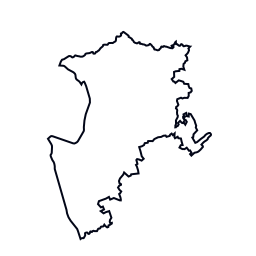 the border of Mpumalanga, rotated 164°
{"feature_id": "ZAF-1209", "entity_name": "Mpumalanga", "entity_type": "Province", "adm_level": 1, "iso_a3": "ZAF", "parent_name": "South Africa", "parent_adm1": "", "projection": "natural_earth1", "projection_center": [29.909, -25.737], "detail": "fine", "context": "isolated", "style": "outline", "palette": "ink", "viewbox_px": 256, "rotation_deg": 164, "n_neighbors": 0, "source": "natural_earth", "source_scale": "10m", "svg_char_len": 5756}
<svg xmlns="http://www.w3.org/2000/svg" viewBox="0 0 256 256"><g transform="rotate(164 128 128)"><path d="M204.7,45.0L208.7,54.6L209.8,58.6L210.1,62.7L209.7,66.3L209.7,108.8L209.0,111.3L208.8,112.7L208.7,114.4L208.9,116.1L209.3,117.2L209.6,118.3L210.0,121.6L210.0,122.7L209.8,123.4L209.5,123.7L209.1,124.0L208.5,124.6L208.1,125.3L206.3,130.6L206.0,132.0L206.2,133.6L207.9,139.7L205.3,141.0L204.1,141.4L202.8,140.9L185.0,128.4L183.9,127.9L182.6,128.0L181.0,128.4L179.8,129.1L171.5,137.1L170.9,138.2L170.2,141.0L167.8,147.2L164.8,152.9L157.6,162.9L156.6,166.8L156.7,179.7L157.1,183.4L157.4,184.6L158.2,184.6L158.9,184.4L159.7,184.0L160.3,183.3L160.8,182.7L161.8,185.8L162.4,186.7L163.6,188.2L164.1,189.0L164.4,190.0L164.3,191.3L163.9,193.4L164.0,194.7L165.0,196.5L169.5,200.9L171.6,204.3L172.2,205.1L172.9,205.6L176.7,207.0L174.2,210.4L172.6,211.8L170.6,211.8L165.1,213.4L164.0,213.2L162.9,212.4L162.4,211.5L161.7,211.1L160.1,211.5L159.1,212.2L158.7,212.3L158.1,212.0L157.1,211.3L155.5,210.5L155.2,210.4L154.6,210.0L154.1,209.7L152.5,209.2L151.2,209.3L150.0,209.7L149.0,210.2L148.4,211.0L147.4,211.1L144.3,210.6L141.7,211.0L141.0,210.7L140.8,210.1L140.8,209.2L140.6,209.0L140.4,208.9L139.6,208.7L139.3,208.7L138.9,208.8L138.0,209.8L137.8,209.9L136.8,209.8L136.5,209.9L135.2,210.5L134.6,210.6L133.8,211.2L132.4,212.3L129.7,213.5L129.4,213.9L129.0,214.6L128.1,214.7L124.7,213.7L124.1,214.1L123.3,214.8L122.8,214.9L120.4,214.3L119.7,214.0L119.2,213.9L117.4,214.5L116.3,214.7L115.7,215.2L115.3,216.0L115.0,216.9L114.6,217.9L114.2,218.5L113.9,218.9L113.4,219.1L112.3,218.6L111.3,218.3L110.6,218.3L109.8,218.5L109.3,218.8L109.0,219.2L108.9,219.5L108.9,220.5L108.6,220.8L107.8,220.8L107.3,221.0L106.9,221.4L106.5,221.6L105.9,221.6L105.5,221.2L102.2,216.8L102.0,216.4L102.1,216.0L102.3,215.5L102.2,215.3L101.2,214.4L99.8,212.8L99.7,212.5L99.8,211.9L99.7,211.6L99.4,211.4L99.0,210.8L98.6,209.0L97.9,208.1L96.1,206.9L95.4,206.9L94.1,207.4L93.5,207.3L93.2,207.2L93.1,206.8L93.1,206.5L93.3,205.8L93.2,205.7L92.6,205.4L91.7,205.1L90.9,204.4L89.6,203.9L88.6,203.1L88.1,202.4L87.8,202.2L86.3,202.0L85.3,202.0L84.8,202.2L84.0,202.8L83.8,202.8L83.5,202.7L83.0,201.9L82.5,201.0L82.0,199.5L81.2,198.5L81.1,198.2L81.2,197.6L81.0,197.0L81.0,196.3L80.8,196.1L80.5,196.1L80.1,195.9L78.1,194.5L77.2,194.4L76.7,194.4L76.3,194.7L75.9,195.2L75.1,195.4L74.7,195.6L73.8,196.8L73.5,197.0L73.0,197.0L72.5,196.5L72.1,196.3L71.3,196.7L70.8,196.8L70.3,196.5L69.8,196.0L69.2,195.8L68.7,195.6L65.3,193.2L63.3,192.4L62.0,193.1L61.9,193.6L62.3,193.5L62.7,193.8L63.4,194.5L63.5,195.0L62.8,195.2L61.9,195.2L61.3,195.3L60.7,195.6L58.7,197.6L58.2,197.8L58.5,196.5L58.8,195.9L58.7,195.4L57.5,194.9L57.3,194.3L56.8,193.8L56.3,193.1L56.1,192.9L55.8,192.8L55.2,192.8L54.7,193.1L54.2,193.7L54.0,193.8L53.7,193.9L53.4,193.8L52.8,193.1L52.5,192.5L52.3,191.6L52.1,191.3L51.6,191.2L50.6,191.1L49.7,191.2L48.9,191.0L46.6,189.6L46.2,189.2L45.9,189.1L48.0,187.8L47.8,187.0L48.0,185.7L48.8,184.9L49.4,184.0L50.6,183.1L52.6,182.0L51.8,179.6L52.3,176.7L54.5,176.3L55.1,175.3L55.6,174.8L56.6,174.5L56.9,174.3L57.5,172.8L57.9,171.7L57.8,168.5L60.3,170.2L62.3,170.4L62.9,168.7L66.6,169.4L68.3,169.2L69.5,164.4L72.5,163.0L71.6,160.2L70.5,159.6L70.0,158.2L66.1,159.8L64.0,158.5L62.1,157.2L61.8,155.0L57.9,153.6L58.1,151.3L57.8,149.5L56.3,148.6L56.5,146.1L58.0,145.0L60.0,145.0L60.8,142.1L62.4,140.5L65.6,141.5L67.6,141.4L68.7,142.5L72.7,142.1L73.5,140.5L73.2,136.4L74.7,135.2L75.8,135.0L76.5,133.6L75.8,132.5L75.8,131.4L76.6,129.5L77.0,127.4L76.7,126.1L77.3,124.7L79.8,122.1L80.7,118.7L81.9,117.1L82.1,116.0L82.3,115.6L81.8,115.5L81.0,116.1L79.7,116.2L78.3,117.5L78.6,119.1L76.0,120.5L74.9,118.2L73.9,117.6L72.8,118.5L72.6,117.2L72.0,115.4L69.8,117.7L70.4,119.7L71.3,119.5L72.2,122.5L72.0,123.2L70.8,122.5L70.1,123.3L71.0,124.6L70.9,125.8L68.0,126.4L68.2,123.2L66.5,122.3L65.6,125.1L63.9,124.1L62.0,116.9L62.0,114.1L61.8,111.4L62.7,109.8L62.1,106.7L66.7,103.9L67.8,101.3L68.8,101.1L67.4,95.2L65.5,95.4L61.0,97.4L57.1,98.8L55.9,99.7L54.9,100.2L53.4,100.7L51.6,100.9L50.6,100.6L50.1,99.6L50.0,99.0L50.2,98.4L50.8,97.9L52.4,97.2L54.0,96.2L54.5,95.3L55.4,94.8L56.4,94.4L57.6,94.1L59.4,93.4L62.0,91.8L61.1,90.0L61.2,89.2L64.1,87.3L66.5,86.1L67.6,85.8L68.6,85.7L70.9,85.9L74.7,84.0L75.5,85.8L73.8,86.8L74.5,89.3L75.6,89.3L77.0,92.9L79.4,92.1L81.6,92.8L83.9,95.0L82.1,96.9L80.2,96.6L80.2,100.5L80.0,103.3L82.4,104.3L82.7,105.9L85.6,105.2L85.9,106.6L84.7,109.9L86.9,108.8L87.6,110.6L89.3,110.0L90.1,108.9L93.4,108.9L93.9,110.4L96.1,110.8L98.6,110.3L101.6,110.8L105.7,110.1L107.9,108.6L112.2,109.9L113.1,108.4L116.1,108.8L117.3,107.2L119.7,106.6L122.5,106.6L122.4,102.2L122.6,97.0L121.4,94.1L123.9,92.9L126.1,94.7L127.8,95.6L128.8,94.9L128.8,90.9L130.5,90.3L130.1,88.6L130.0,84.5L130.4,81.4L137.7,82.6L138.5,81.5L140.8,81.2L144.0,86.3L145.4,84.5L149.6,81.7L151.3,79.5L151.4,77.3L150.2,75.9L150.4,75.3L152.3,75.0L154.0,73.5L153.2,70.8L152.0,68.9L153.5,67.5L154.7,67.0L154.4,63.4L154.6,61.2L154.9,60.4L156.0,60.8L160.9,64.6L164.9,64.1L165.3,67.0L168.7,66.2L176.1,65.7L177.8,63.1L175.9,59.2L173.8,59.4L173.5,56.3L177.1,55.6L175.0,52.7L172.5,53.2L169.0,53.3L168.7,46.3L170.7,44.5L171.4,42.9L171.3,41.4L169.7,41.3L169.9,40.6L172.1,39.9L173.6,39.7L174.2,38.3L175.4,38.2L176.7,39.9L177.4,41.6L178.6,40.4L179.3,40.2L180.9,40.6L181.4,40.4L182.1,39.6L182.7,39.2L183.0,39.1L184.1,39.4L184.4,39.3L185.0,38.8L186.1,37.5L186.3,37.4L188.6,38.1L189.5,38.7L190.1,38.7L191.1,38.1L191.4,38.0L191.6,38.1L192.1,38.8L192.4,38.9L192.9,38.8L193.5,37.7L194.0,37.3L194.4,37.0L195.0,37.0L195.4,37.3L195.5,37.5L195.6,38.1L195.8,38.5L196.1,38.8L197.0,39.0L197.8,38.9L198.3,38.7L198.7,36.7L198.9,36.4L200.8,34.5L201.1,34.4L201.3,34.4L202.0,34.7L202.6,34.8L203.7,34.6L204.2,34.4L204.5,42.7L204.7,45.0Z" fill="none" stroke="#020617" stroke-width="2"/></g></svg>